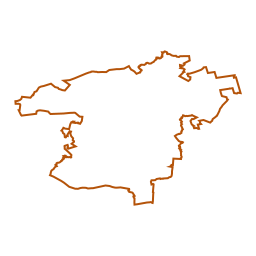 Vānes pag., Kandavas, Latvia
{"feature_id": "27541924B3957648915693", "entity_name": "Vānes pag.", "entity_type": "district", "adm_level": 2, "iso_a3": "LVA", "parent_name": "Latvia", "parent_adm1": "Kandavas", "projection": "robinson", "projection_center": [22.617, 56.905], "detail": "fine", "context": "isolated", "style": "outline", "palette": "amber", "viewbox_px": 256, "rotation_deg": 0, "n_neighbors": 0, "source": "geoboundaries", "source_scale": "gbopen_adm2", "svg_char_len": 5665}
<svg xmlns="http://www.w3.org/2000/svg" viewBox="0 0 256 256"><path d="M162.0,52.3L162.6,53.8L162.2,54.3L162.1,54.7L162.3,54.9L162.4,56.1L161.6,56.3L161.5,56.5L161.9,57.0L161.4,57.3L161.1,57.9L159.8,58.5L159.0,58.4L158.8,58.3L159.1,58.0L158.9,57.8L157.8,57.5L156.4,57.5L156.3,57.8L156.7,58.7L156.1,58.9L156.0,59.1L156.0,59.5L155.8,59.9L155.0,60.2L153.7,61.9L152.5,62.4L150.9,63.5L149.1,63.6L147.6,62.8L146.6,62.9L146.2,63.1L146.2,63.4L145.6,64.2L144.9,64.4L144.4,64.9L141.3,64.7L140.4,65.1L140.5,65.6L139.7,66.3L139.0,66.2L138.6,66.7L138.8,67.2L138.6,67.5L139.7,68.8L141.5,69.9L141.7,70.3L141.6,70.5L141.0,70.7L140.6,71.4L140.2,71.7L140.2,71.9L140.3,72.3L140.2,72.5L138.9,72.8L136.5,73.8L134.4,71.5L132.7,70.4L131.1,69.6L129.5,67.2L128.9,66.1L124.1,68.6L119.9,69.1L116.9,69.1L109.3,70.0L106.2,72.1L102.1,72.0L97.8,72.2L96.6,71.8L95.2,71.8L93.5,71.5L91.3,71.6L90.8,72.1L89.3,72.4L85.9,73.6L74.4,78.4L69.7,80.1L63.7,80.7L69.8,84.9L64.9,90.5L62.2,90.1L61.1,89.6L58.7,88.9L58.0,87.8L55.1,87.1L51.0,83.7L43.7,86.0L40.9,86.6L39.0,87.5L38.6,88.0L38.0,89.0L36.5,91.3L34.5,92.0L33.4,94.9L33.0,94.6L30.5,97.7L22.0,96.8L21.3,98.9L19.8,100.1L17.3,101.0L15.4,101.2L15.6,103.8L17.8,103.8L18.4,103.7L20.1,104.3L20.3,105.0L19.6,110.1L18.7,110.2L21.0,115.0L21.6,115.6L36.2,113.8L36.6,111.4L38.0,110.6L40.0,110.3L44.1,110.8L48.3,111.6L49.4,113.0L50.5,114.0L63.6,113.5L69.9,112.9L74.6,112.7L75.3,112.9L79.6,116.6L82.4,116.8L81.8,121.0L80.1,123.8L78.6,123.4L78.8,123.1L78.4,122.7L77.9,122.6L75.5,123.0L72.6,122.5L73.7,121.6L72.8,121.5L72.0,122.4L71.4,122.2L70.6,123.5L70.1,124.9L69.1,129.1L65.0,128.6L64.4,128.2L63.4,127.8L62.7,129.1L61.5,130.6L62.0,130.8L62.5,131.4L62.9,132.9L63.4,133.4L64.0,133.7L64.5,134.3L64.8,137.1L65.3,137.4L65.9,137.3L66.8,135.8L67.7,136.0L67.6,134.4L69.6,131.3L71.0,131.6L70.5,132.8L70.4,133.9L71.3,136.3L73.1,138.3L72.7,140.1L74.0,141.2L74.0,141.8L71.6,143.8L75.6,146.4L68.2,148.7L67.4,148.0L67.9,147.1L67.9,145.8L67.6,144.9L64.6,145.9L64.5,146.7L64.7,147.4L64.7,148.8L66.1,149.9L70.1,153.6L71.4,155.0L71.1,156.9L71.2,157.3L70.9,157.5L70.0,156.9L69.3,157.2L68.2,157.2L67.5,156.9L66.9,157.2L65.6,157.2L65.7,156.9L65.3,156.6L65.9,156.3L65.8,155.8L64.8,155.6L64.6,155.8L64.8,155.9L64.7,156.0L64.5,155.9L63.8,156.0L64.1,156.3L63.7,156.4L63.4,156.8L63.5,157.5L63.2,157.8L63.4,158.0L63.9,158.4L63.9,158.7L63.1,159.3L62.9,159.2L62.8,159.4L62.2,159.6L62.3,160.2L61.6,160.9L61.0,161.0L60.9,161.2L61.1,161.3L59.6,162.4L58.6,162.7L57.3,162.8L56.6,163.2L56.5,163.8L55.9,164.6L55.4,164.9L55.5,165.2L56.5,165.2L56.4,165.8L56.7,166.2L55.6,166.5L54.4,167.8L53.5,169.2L52.4,169.8L51.4,170.7L50.8,172.5L50.6,173.9L50.0,175.2L53.4,176.6L61.2,180.9L64.0,182.7L69.2,186.8L75.1,188.7L78.0,188.8L80.5,188.0L82.6,187.7L85.9,187.8L88.0,188.5L91.8,188.2L93.0,188.2L105.5,185.5L109.6,186.0L112.3,187.0L115.0,187.6L116.5,187.7L120.5,187.4L129.1,188.9L129.2,189.2L128.9,189.6L129.0,189.8L128.8,189.9L128.5,190.2L128.4,190.2L128.3,190.5L128.7,190.6L129.2,191.9L132.1,192.5L132.6,192.8L134.6,195.9L133.4,196.4L133.8,197.7L134.5,198.3L134.4,202.8L134.5,204.6L137.5,204.2L147.0,202.5L149.8,202.3L150.5,202.1L151.6,202.3L152.1,202.9L152.6,203.0L152.9,201.1L153.2,194.1L153.4,192.5L152.9,192.2L153.6,184.3L153.0,183.9L151.5,184.5L150.9,181.8L151.5,180.3L155.1,180.2L156.6,179.0L160.0,178.4L160.4,179.0L162.1,178.6L162.9,178.8L163.2,178.5L167.8,178.2L169.3,177.2L170.6,177.0L171.6,175.9L172.0,173.5L172.0,171.3L172.6,167.1L170.0,166.6L170.3,166.5L171.5,164.9L172.9,165.0L173.4,158.6L180.9,159.0L180.8,158.1L181.5,157.6L181.6,156.5L181.0,155.5L181.1,154.4L180.9,152.9L181.4,151.6L180.7,151.3L180.4,150.7L181.1,149.9L180.6,149.5L180.0,149.4L179.5,148.8L179.9,148.7L180.3,148.3L180.1,146.9L179.1,146.8L178.9,145.6L179.9,144.9L181.2,143.0L182.5,142.9L182.9,142.3L182.4,142.0L180.1,141.7L178.8,141.0L176.2,137.9L174.9,136.0L176.6,134.8L179.1,133.8L179.7,134.0L181.4,132.9L181.3,131.7L181.7,131.5L181.9,130.9L181.7,130.8L181.7,130.6L182.4,129.7L182.9,129.3L182.6,128.7L182.2,128.5L182.1,127.4L181.5,126.6L181.4,125.9L181.0,125.6L181.2,124.7L181.9,124.1L181.3,123.5L181.2,123.1L181.6,122.3L181.4,122.2L181.5,122.1L181.9,121.7L181.3,120.9L180.2,120.1L179.9,119.7L180.2,119.1L181.0,118.8L181.0,118.4L181.3,118.3L181.5,118.5L181.9,118.3L182.2,117.7L181.8,117.2L182.6,116.7L183.0,115.6L183.0,115.4L183.6,115.4L185.1,116.2L186.4,115.9L187.1,116.1L191.5,115.5L192.0,115.1L193.0,115.7L196.8,117.4L193.5,119.1L192.0,119.0L190.5,121.0L191.4,123.6L191.8,124.5L193.1,125.4L192.9,125.4L193.6,126.6L194.1,128.2L196.4,128.0L198.1,128.5L198.3,128.9L199.1,128.8L197.8,124.6L201.0,124.0L200.0,122.9L199.9,121.4L199.3,120.8L203.5,120.0L210.2,122.6L210.5,122.4L211.3,121.4L212.2,120.8L212.5,119.5L212.7,119.1L215.2,117.2L216.5,116.1L216.7,115.7L217.0,115.7L219.4,110.9L220.0,108.9L222.0,106.3L222.4,105.5L227.1,100.7L227.8,99.6L227.1,99.4L226.5,97.2L222.0,96.1L221.8,95.8L220.8,92.7L220.2,90.1L229.3,88.7L229.6,88.5L230.1,88.6L232.6,88.2L234.1,93.1L237.0,93.5L238.0,92.7L240.6,93.1L236.0,77.3L233.9,77.7L233.7,76.2L233.9,75.8L234.7,75.4L234.7,75.2L216.4,77.9L214.6,72.0L207.9,73.0L206.0,67.1L203.6,67.4L203.1,68.3L201.3,69.7L199.5,70.4L194.6,72.2L189.5,73.7L187.8,73.6L187.2,74.2L187.8,75.0L188.1,76.2L190.5,77.2L190.2,79.0L190.2,79.5L188.3,81.0L179.5,76.2L183.0,72.8L182.9,72.3L184.3,71.9L183.6,71.1L184.6,69.4L183.3,68.5L180.5,68.1L181.3,67.2L180.1,66.6L180.0,65.0L183.1,65.7L184.6,64.5L184.6,63.7L184.1,63.3L189.7,60.5L189.1,56.1L180.3,56.2L179.9,56.3L179.0,57.0L178.3,56.9L176.6,56.6L176.0,55.8L173.6,55.9L171.5,55.3L170.5,54.5L169.3,54.0L167.4,54.1L167.0,53.8L167.0,53.5L167.3,52.7L167.1,52.4L166.8,52.2L165.1,51.5L164.7,51.4L164.2,51.7L163.8,52.4L162.0,52.3Z" fill="none" stroke="#b45309" stroke-width="2"/></svg>